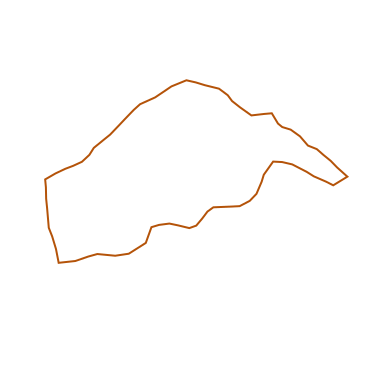 Krideia, Cyprus (Mercator projection), rotated 287°
{"feature_id": "46923920B22982448470937", "entity_name": "Krideia", "entity_type": "district", "adm_level": 2, "iso_a3": "CYP", "parent_name": "Cyprus", "parent_adm1": "", "projection": "mercator", "projection_center": [33.959, 35.389], "detail": "fine", "context": "isolated", "style": "outline", "palette": "amber", "viewbox_px": 384, "rotation_deg": 287, "n_neighbors": 0, "source": "geoboundaries", "source_scale": "gbopen_adm2", "svg_char_len": 996}
<svg xmlns="http://www.w3.org/2000/svg" viewBox="0 0 384 384"><g transform="rotate(287 192 192)"><path d="M85.3,85.2L91.9,100.6L99.9,111.6L105.0,119.6L108.6,137.2L114.5,149.6L129.8,162.7L146.5,163.5L150.9,170.1L155.2,179.6L156.0,188.3L156.7,200.0L161.1,205.9L169.8,209.6L177.8,212.5L183.6,216.9L189.5,233.7L192.4,241.7L200.4,249.8L209.1,254.2L222.2,255.6L229.5,255.6L244.8,260.7L247.0,269.5L247.7,279.8L244.8,295.8L242.6,303.9L241.1,317.1L239.7,325.1L252.1,336.1L257.9,323.6L262.3,315.6L265.9,306.8L269.5,298.8L270.3,289.3L276.8,279.0L280.5,268.1L280.5,259.3L282.6,254.2L290.6,245.3L287.7,238.1L282.6,226.4L287.0,213.2L290.7,203.7L295.0,197.9L298.7,187.6L297.9,173.0L297.9,163.5L297.2,154.0L287.0,141.5L271.7,129.1L260.8,116.7L253.5,112.3L241.9,106.4L234.6,102.8L222.9,96.9L216.4,92.5L205.5,85.2L197.5,83.0L188.7,77.9L182.2,70.6L177.1,64.0L169.8,56.0L161.1,47.9L153.8,50.9L142.9,54.5L134.1,58.2L115.9,65.5L108.6,71.3L97.7,78.6L85.3,85.2Z" fill="none" stroke="#b45309" stroke-width="2"/></g></svg>